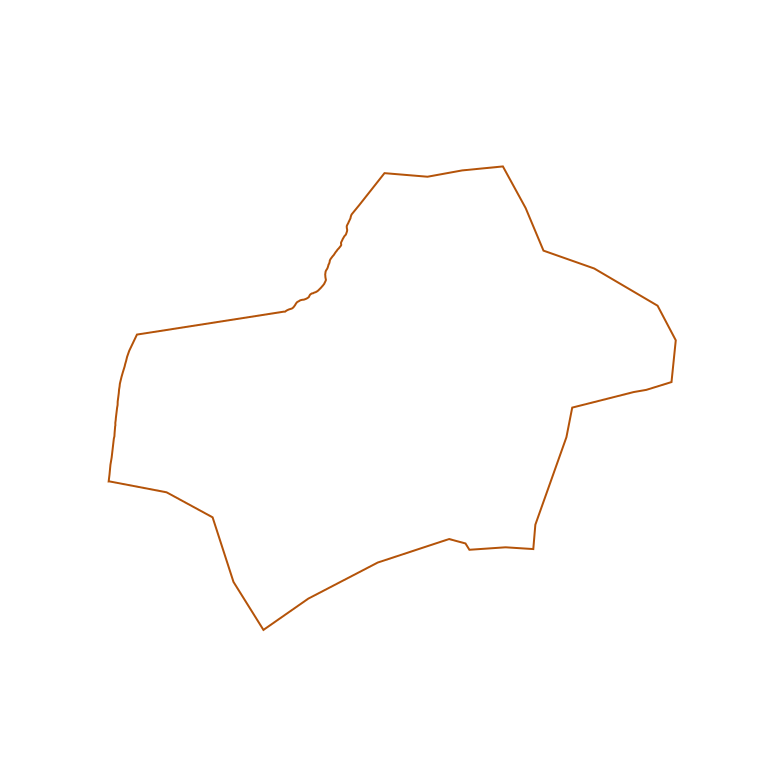 Sergelen, Dornod, Mongolia, rotated 73°
{"feature_id": "93677404B97981433567670", "entity_name": "Sergelen", "entity_type": "district", "adm_level": 2, "iso_a3": "MNG", "parent_name": "Mongolia", "parent_adm1": "Dornod", "projection": "albers", "projection_center": [113.887, 48.634], "detail": "fine", "context": "isolated", "style": "outline", "palette": "amber", "viewbox_px": 768, "rotation_deg": 73, "n_neighbors": 0, "source": "geoboundaries", "source_scale": "gbopen_adm2", "svg_char_len": 2335}
<svg xmlns="http://www.w3.org/2000/svg" viewBox="0 0 768 768"><g transform="rotate(73 384 384)"><path d="M198.5,281.8L182.5,321.9L205.7,355.4L212.3,365.3L212.7,365.7L213.9,366.6L214.7,367.1L215.7,367.6L216.9,368.7L217.9,369.6L218.6,370.3L219.3,370.8L219.9,371.4L220.5,372.0L221.3,372.8L222.2,373.5L223.3,373.8L224.3,374.0L225.6,374.1L226.3,374.3L227.4,374.9L228.5,375.7L229.5,376.4L230.2,377.1L230.6,377.9L231.1,378.7L232.0,379.7L232.6,380.3L233.5,381.3L234.3,381.9L235.4,383.0L236.2,383.7L237.0,384.0L237.9,384.1L238.6,384.3L239.2,384.9L239.9,385.9L240.5,386.8L241.1,387.6L241.6,388.6L242.1,389.4L242.8,390.2L243.4,391.2L244.5,392.6L245.7,394.0L246.2,394.7L246.7,395.6L247.5,396.7L248.3,397.8L248.9,398.6L249.4,399.1L250.2,399.8L251.2,400.2L252.1,400.8L252.9,401.3L253.5,402.1L254.1,402.4L255.0,403.0L255.9,403.6L256.8,404.3L257.4,404.9L257.8,405.4L258.5,406.2L259.3,406.9L260.1,407.3L261.0,407.7L262.0,408.2L263.0,408.4L263.9,408.6L264.6,408.8L265.5,408.9L266.3,409.0L267.0,409.0L268.0,409.4L268.5,409.9L269.2,410.5L270.0,411.3L270.6,411.7L271.2,412.6L271.9,413.5L272.4,414.4L273.5,416.1L274.4,417.8L275.5,419.9L275.9,421.0L275.9,421.6L276.2,422.2L276.2,423.0L276.2,424.1L276.5,425.4L276.3,426.2L276.4,426.9L276.7,428.0L277.0,428.6L277.7,429.4L278.5,430.1L278.9,430.5L279.5,432.2L279.8,433.9L279.9,436.0L279.6,437.4L279.5,438.5L279.5,439.9L279.8,440.7L280.0,441.8L280.3,443.1L280.7,443.8L281.4,444.7L282.0,445.4L282.6,446.0L283.1,446.7L283.8,447.6L284.3,448.5L284.7,449.3L284.9,450.2L284.9,451.8L284.9,453.1L285.1,454.7L285.3,455.8L285.9,457.5L285.5,458.8L264.5,605.8L277.7,617.9L283.0,621.8L286.4,623.8L289.3,625.7L291.4,626.9L296.4,630.3L300.4,632.9L303.1,634.5L306.5,636.5L309.1,637.6L311.9,639.0L315.2,640.3L319.4,642.2L322.9,643.8L326.2,644.9L328.5,646.1L337.3,650.0L338.7,650.6L339.8,651.0L342.6,652.3L345.1,653.0L345.9,653.5L346.7,653.8L352.2,656.0L355.2,657.1L357.2,658.3L367.5,662.8L374.6,665.9L378.2,667.7L381.2,669.2L390.4,673.0L396.7,675.8L396.9,675.0L424.0,623.6L461.4,586.9L529.3,585.8L583.9,571.2L567.1,519.1L552.9,442.2L551.3,367.1L560.3,352.7L567.5,350.8L575.7,315.5L585.5,289.5L562.8,280.4L542.3,265.2L488.2,225.1L461.6,210.9L464.7,147.6L466.3,134.9L466.2,108.5L427.5,92.2L389.1,99.5L335.0,149.2L303.1,192.5L257.2,197.1L210.7,206.7L202.6,246.8L198.5,281.8Z" fill="none" stroke="#b45309" stroke-width="2"/></g></svg>